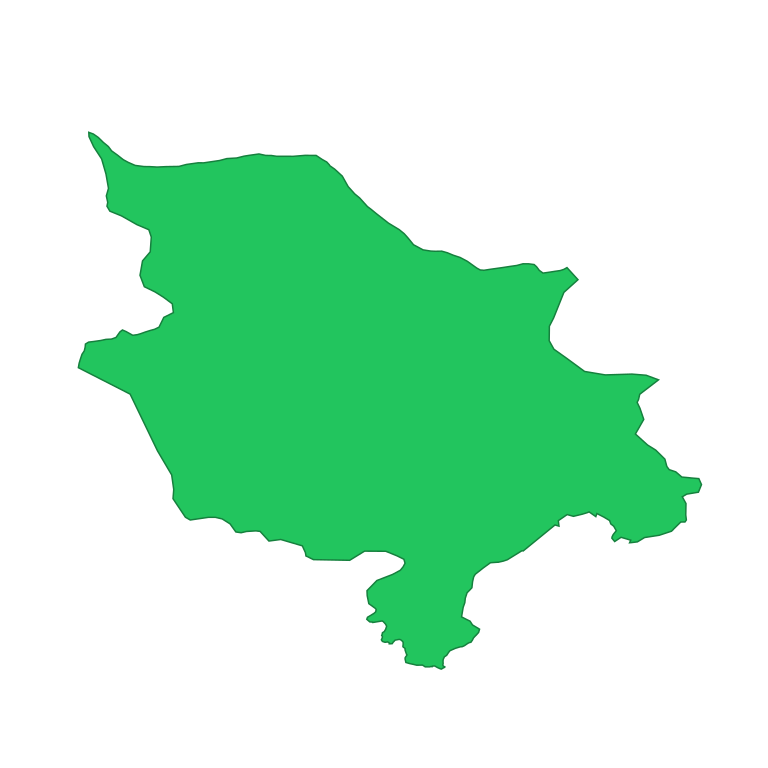 the district of Ijebu East, Ogun, Nigeria, rotated 262°
{"feature_id": "59680162B17778966736574", "entity_name": "Ijebu East", "entity_type": "district", "adm_level": 2, "iso_a3": "NGA", "parent_name": "Nigeria", "parent_adm1": "Ogun", "projection": "equal_earth", "projection_center": [4.163, 6.811], "detail": "fine", "context": "isolated", "style": "filled", "palette": "green", "viewbox_px": 768, "rotation_deg": 262, "n_neighbors": 0, "source": "geoboundaries", "source_scale": "gbopen_adm2", "svg_char_len": 5330}
<svg xmlns="http://www.w3.org/2000/svg" viewBox="0 0 768 768"><g transform="rotate(262 384 384)"><path d="M442.7,83.6L409.3,131.2L349.3,150.4L323.5,161.1L308.8,161.1L299.8,159.1L279.7,168.8L276.3,173.2L276.4,191.6L275.4,198.6L272.9,205.0L266.9,212.1L258.1,216.7L256.6,221.8L257.1,227.3L256.4,236.6L255.3,240.8L244.5,248.2L244.4,260.1L235.1,280.6L228.0,282.7L224.5,282.8L223.5,284.5L222.0,286.6L219.9,289.7L214.2,325.5L221.2,341.5L218.1,362.5L212.0,373.0L207.7,379.3L203.6,379.9L200.3,377.5L197.3,374.3L194.2,365.9L190.4,349.6L181.7,338.4L176.7,337.9L168.6,338.4L163.1,344.1L161.8,344.9L159.5,344.0L158.3,342.2L155.3,335.2L153.4,334.2L150.4,336.8L149.8,339.6L149.4,339.7L149.6,349.2L148.7,350.3L146.0,352.1L143.8,352.9L140.7,351.4L140.1,350.8L139.4,350.3L139.0,350.0L138.7,349.6L138.4,348.9L138.0,348.0L137.7,347.7L136.8,347.5L136.3,347.3L135.5,346.8L135.2,346.7L135.0,346.9L134.7,347.1L134.3,347.2L134.0,347.3L133.5,347.1L133.1,347.0L132.6,346.8L132.2,346.6L131.7,346.2L131.3,345.9L131.0,345.8L130.8,345.9L130.4,346.1L130.0,346.3L129.3,346.6L129.3,346.8L129.2,346.9L129.1,347.1L128.9,347.4L128.7,347.8L128.5,348.1L128.4,348.6L128.2,348.8L128.1,349.0L128.1,349.5L128.0,349.8L128.0,350.0L128.1,350.3L128.1,350.6L128.1,350.9L128.2,351.2L128.2,351.4L128.2,351.6L128.0,351.8L127.8,352.0L127.6,352.2L127.6,352.3L127.4,352.6L127.2,352.7L127.1,352.9L126.9,353.1L126.8,353.3L126.7,353.4L126.0,353.1L125.9,353.6L125.8,354.5L125.8,355.2L125.7,356.0L127.0,357.1L127.9,358.3L128.8,359.3L129.0,363.5L128.5,364.8L126.5,366.6L125.4,367.0L123.0,366.6L122.0,366.3L121.2,366.2L120.6,366.6L120.0,367.3L119.3,368.0L119.1,368.1L118.6,367.9L118.4,367.9L118.0,367.9L117.6,367.9L117.1,367.9L116.8,368.0L116.3,368.1L115.6,368.2L115.3,368.3L114.8,368.4L114.2,368.5L113.5,368.6L113.2,368.7L112.9,368.9L112.5,369.1L111.9,368.5L111.4,368.2L110.8,367.5L110.1,366.9L108.8,366.6L105.2,366.9L103.6,370.4L102.3,374.0L101.0,377.2L100.3,383.0L98.2,385.4L97.5,390.0L97.6,390.5L97.7,390.9L97.7,391.2L97.6,391.4L97.5,391.6L97.5,391.9L97.5,392.0L97.4,392.4L97.9,392.6L97.9,393.1L97.8,393.7L97.8,394.2L97.8,394.5L97.7,394.9L97.5,395.3L97.0,395.9L96.4,396.7L95.9,397.3L95.4,398.1L94.9,398.9L94.5,399.5L94.1,400.2L93.7,401.0L94.0,401.9L94.3,402.6L94.6,403.3L94.8,403.8L94.8,404.1L94.9,404.3L95.1,404.7L95.3,404.9L96.5,403.5L97.0,403.2L97.5,403.1L98.1,403.3L98.6,403.6L99.5,403.7L100.8,403.8L102.8,404.2L105.4,405.8L106.6,408.3L109.2,410.6L110.7,412.2L112.3,417.8L113.1,422.8L113.0,425.0L113.7,427.3L115.1,430.1L115.9,431.9L116.2,434.2L118.3,436.1L120.0,437.2L121.5,439.0L122.6,440.5L123.7,441.8L124.8,443.1L127.9,444.5L133.1,438.1L137.2,436.2L139.2,433.2L142.6,428.4L151.8,431.3L156.2,433.6L160.6,434.7L165.7,437.2L167.9,440.1L170.0,442.7L175.9,444.2L180.6,446.0L182.9,447.9L188.1,456.8L192.2,464.5L191.7,471.7L191.6,472.3L192.0,477.4L192.8,481.7L199.7,497.4L199.3,498.6L220.6,533.7L218.9,537.5L224.4,537.6L229.2,547.2L226.6,553.2L227.5,562.3L228.3,567.4L228.8,569.3L227.7,570.5L223.2,575.3L226.1,576.8L221.6,583.2L217.4,588.4L213.9,589.1L211.2,591.7L206.4,593.6L203.0,590.0L200.9,588.6L199.6,588.2L195.9,590.5L199.2,597.4L196.8,602.7L195.0,606.6L192.6,605.1L192.5,606.9L192.4,613.0L195.7,620.7L195.9,635.5L198.2,648.2L199.7,650.3L199.9,650.4L205.6,658.1L206.0,658.7L205.5,662.9L207.3,664.5L212.3,664.6L223.6,666.4L230.8,663.7L232.8,668.4L233.1,680.3L240.2,684.4L246.5,682.6L248.2,675.1L249.0,672.0L250.4,666.0L256.4,660.7L259.5,654.5L263.0,652.6L270.5,651.7L280.7,643.9L286.9,636.5L299.5,626.0L312.8,636.3L324.3,634.1L330.6,632.1L333.2,633.9L338.2,635.8L339.6,638.2L349.9,656.4L356.2,644.8L359.3,630.9L362.2,604.4L368.5,584.4L383.6,568.9L394.8,557.1L403.9,553.6L418.2,555.8L425.7,561.1L449.7,574.9L460.3,590.6L473.8,581.4L472.5,578.1L471.8,574.2L471.8,568.8L471.7,563.4L471.7,556.9L474.9,553.6L478.9,551.4L481.4,549.3L482.9,543.9L483.7,538.4L482.9,532.0L482.9,525.5L482.8,517.9L482.8,511.5L482.8,505.0L482.7,498.5L482.9,498.1L483.5,495.2L485.9,492.0L493.9,483.6L498.7,477.0L501.9,470.5L505.1,465.1L507.5,459.7L508.3,453.2L509.1,448.9L511.4,441.3L515.4,435.9L517.8,432.6L525.1,428.2L529.9,425.0L534.7,420.6L542.7,410.8L553.9,400.0L558.7,395.6L562.0,392.3L571.6,385.8L576.4,381.4L581.2,378.2L584.4,376.0L595.7,371.6L599.7,368.3L603.7,365.0L607.7,360.7L608.6,360.4L611.8,358.2L615.0,354.0L619.8,348.6L620.4,344.3L621.4,337.8L622.1,325.7L622.9,320.3L624.4,309.5L626.0,304.1L626.8,298.7L629.2,292.2L629.2,287.9L629.2,282.5L629.1,277.1L628.3,269.5L629.1,259.8L628.2,252.3L628.1,236.1L628.9,230.7L628.9,225.3L628.9,218.8L628.0,211.2L628.8,204.8L629.6,198.3L630.4,189.6L631.9,182.1L632.7,176.7L635.1,168.0L639.1,161.5L642.3,157.2L643.7,155.8L647.9,151.8L649.7,149.9L652.8,146.7L657.5,144.1L662.3,139.7L667.9,135.4L672.0,131.0L674.3,126.7L670.0,126.3L659.4,129.5L646.2,135.7L630.7,137.9L616.1,138.4L611.8,136.5L608.9,135.2L602.3,135.7L598.6,134.4L593.3,136.6L587.1,147.3L576.2,161.5L569.5,172.6L561.9,174.0L547.4,170.9L539.5,162.0L525.6,157.5L513.7,160.2L507.1,170.0L500.8,177.5L492.9,185.5L484.0,185.4L480.6,175.2L477.6,173.2L471.6,169.1L470.1,164.4L469.6,160.3L468.7,154.9L467.7,150.1L467.2,146.7L467.2,142.0L471.8,135.9L473.9,132.5L472.4,129.8L467.4,125.1L466.4,120.3L466.9,114.9L466.5,109.5L466.5,106.8L466.5,102.0L466.6,97.3L465.1,93.9L462.1,93.2L458.5,91.8L455.5,89.1L451.5,87.1L449.6,86.2L447.0,85.0L442.7,83.6Z" fill="#22c55e" stroke="#15803d" stroke-width="1.5"/></g></svg>